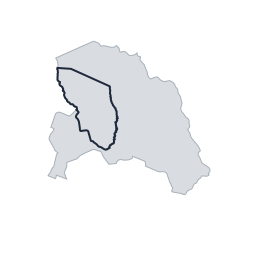 location of Jonglei within South Sudan, rotated 201°
{"feature_id": "SDS-870", "entity_name": "Jonglei", "entity_type": "State", "adm_level": 1, "iso_a3": "SSD", "parent_name": "South Sudan", "parent_adm1": "", "projection": "albers", "projection_center": [31.68, 7.658], "detail": "fine", "context": "in_parent", "style": "outline", "palette": "slate", "viewbox_px": 256, "rotation_deg": 201, "n_neighbors": 0, "source": "natural_earth", "source_scale": "10m", "svg_char_len": 8140}
<svg xmlns="http://www.w3.org/2000/svg" viewBox="0 0 256 256"><g transform="rotate(201 128 128)"><path d="M199.0,189.0L192.2,195.8L191.7,196.3L190.9,196.8L188.1,196.8L185.3,196.5L182.6,194.7L180.0,196.1L178.3,196.5L177.3,196.7L174.9,196.9L171.5,197.7L170.0,198.6L169.2,199.3L168.5,200.7L168.2,200.8L167.6,200.6L166.7,200.1L164.9,199.3L164.0,197.6L163.2,196.6L162.5,196.1L159.7,197.8L158.3,198.2L157.2,198.1L155.1,197.1L152.8,196.3L151.7,196.3L149.9,197.4L147.9,198.9L146.9,200.4L146.4,201.3L145.7,199.9L145.0,199.0L144.1,198.7L142.1,199.0L141.7,198.5L141.6,197.4L141.3,196.3L140.8,195.5L139.4,194.7L135.6,193.0L132.7,189.7L131.2,188.2L130.2,187.2L128.7,184.6L126.9,182.8L124.9,182.0L123.5,182.4L122.0,184.3L119.3,186.1L118.1,186.1L116.5,185.1L114.6,184.4L111.0,184.1L109.5,185.0L107.6,186.3L106.0,187.1L105.0,187.2L104.0,186.9L103.0,186.7L102.0,186.6L100.1,185.4L99.2,184.5L98.5,183.6L97.4,183.0L96.2,182.4L95.3,181.6L94.9,180.7L94.2,179.4L93.3,178.3L90.4,176.2L89.5,175.0L88.9,173.8L87.8,172.5L86.5,170.7L86.1,168.2L86.1,166.2L85.8,165.2L85.3,164.3L84.7,163.4L83.7,162.5L81.3,161.2L78.9,159.6L77.8,158.7L75.6,158.4L74.2,157.5L73.1,155.6L72.7,154.1L71.6,152.9L71.1,152.0L70.9,151.0L71.8,148.0L70.5,146.9L68.6,145.5L67.3,143.9L66.5,142.5L64.0,140.7L58.7,137.8L55.6,136.0L53.9,134.4L52.5,132.9L52.4,132.2L53.3,130.7L53.5,129.4L52.7,128.0L49.6,125.3L47.1,122.4L45.1,121.5L40.5,120.6L39.1,120.2L37.8,119.7L36.4,118.3L36.0,116.8L36.7,114.3L36.3,113.5L35.5,113.3L35.7,112.8L36.6,111.6L38.1,110.9L41.9,109.7L42.1,109.3L42.2,107.7L42.6,107.0L43.9,104.8L44.1,104.0L44.2,102.2L44.4,101.3L44.8,100.7L45.9,99.7L46.2,99.0L46.4,97.6L46.4,94.9L46.9,93.8L49.4,91.3L50.0,90.2L50.3,89.2L50.3,88.2L50.4,87.2L51.2,86.2L51.8,86.0L53.6,85.7L54.8,85.9L63.3,84.3L64.3,84.5L64.7,85.6L64.6,87.2L64.8,88.0L65.2,88.5L66.6,89.3L67.5,90.6L68.0,91.1L69.3,92.0L75.5,99.5L77.3,100.2L79.1,100.0L82.5,98.5L84.2,98.1L96.2,98.6L97.6,98.4L97.7,98.5L99.5,102.2L100.3,103.0L113.5,103.2L113.3,102.1L113.4,100.9L115.8,98.7L116.1,98.4L118.2,97.4L120.1,96.6L124.0,95.8L125.4,94.5L126.2,93.3L126.2,90.8L126.7,90.5L127.6,89.9L132.0,87.8L132.8,87.3L140.6,92.3L144.9,96.3L145.2,96.5L145.4,96.6L145.7,96.5L145.9,96.3L146.4,96.1L148.3,96.0L151.8,95.9L153.0,95.4L160.1,88.3L161.9,86.0L162.4,85.6L163.4,84.0L164.5,81.2L164.7,80.9L172.5,74.3L172.7,73.7L172.8,73.3L171.6,71.1L171.4,70.0L171.3,68.2L171.6,65.5L171.5,63.8L171.4,63.3L171.3,63.2L167.0,58.4L177.9,58.3L177.9,57.7L177.7,56.9L177.6,56.1L177.6,55.7L177.6,55.3L177.6,55.1L177.6,54.9L177.7,54.7L185.5,54.8L185.4,56.2L184.5,59.4L184.5,61.4L184.3,63.6L184.0,64.2L183.6,64.8L183.5,65.0L183.5,65.3L185.2,77.7L185.0,78.2L184.6,79.0L184.5,79.3L184.5,79.5L188.3,80.9L188.5,81.0L189.9,82.7L197.1,88.6L197.4,88.9L198.1,90.7L198.2,91.0L198.2,91.5L198.2,91.8L198.0,92.9L198.1,93.4L198.2,93.7L198.3,94.1L198.2,94.5L197.2,96.7L196.9,98.2L196.8,99.5L196.8,100.2L196.9,100.7L197.0,100.9L197.1,101.0L200.2,100.9L200.2,101.6L200.7,112.9L200.7,114.1L200.6,115.7L200.2,116.3L199.4,117.2L198.3,118.1L195.5,118.3L193.1,118.3L191.5,118.1L189.2,118.0L187.1,118.2L186.3,118.9L183.5,124.9L182.7,126.4L182.4,127.3L182.7,127.8L183.8,128.5L186.2,129.6L189.0,130.2L191.1,130.4L192.5,130.7L193.6,131.1L197.5,133.7L198.8,135.0L199.5,136.1L199.7,137.3L200.2,138.5L203.8,142.2L207.3,144.0L208.6,145.9L209.9,146.9L211.1,147.9L211.7,149.5L213.2,154.0L214.2,156.3L215.3,158.2L215.7,161.4L216.5,162.8L217.4,164.5L218.8,166.0L220.3,167.2L220.5,167.5L205.8,182.2L199.0,189.0Z" fill="#d9dde1" stroke="#a8b0b8" stroke-width="1"/><path d="M182.6,126.5L182.4,126.8L182.3,127.0L182.7,128.1L182.9,128.3L183.1,128.5L183.3,128.8L183.4,129.0L183.9,129.0L184.3,129.2L184.5,129.2L185.2,128.9L185.3,128.9L185.8,129.1L186.4,129.2L186.5,129.2L186.8,129.5L187.0,129.8L187.3,130.0L188.3,130.3L188.5,130.3L188.9,130.0L189.0,129.9L189.7,129.8L190.2,129.7L190.5,129.9L190.6,130.0L190.9,130.1L191.1,130.1L191.2,130.3L191.5,130.6L192.0,130.8L193.1,130.7L193.3,130.8L193.7,131.1L194.2,131.2L194.4,131.3L194.6,131.5L195.1,132.3L196.0,132.9L196.5,133.0L197.2,133.3L199.2,135.4L199.5,135.9L199.7,136.4L199.7,138.0L199.8,138.1L200.6,138.7L201.0,139.3L201.4,139.5L201.7,139.5L202.0,139.3L202.2,139.5L202.3,139.8L202.4,140.1L202.4,140.6L202.4,140.8L202.5,141.2L202.6,141.4L202.8,141.5L203.0,141.7L203.7,142.2L203.8,142.3L203.9,142.6L204.0,142.7L204.1,142.8L206.5,143.3L207.6,144.1L207.7,144.3L207.8,144.6L207.9,144.9L207.9,145.2L207.8,145.3L207.7,145.4L207.7,145.5L207.8,145.6L208.0,146.4L208.1,146.6L208.4,146.6L209.2,146.6L209.5,146.7L209.8,146.8L210.9,147.5L211.0,147.7L211.1,148.0L211.3,148.2L211.4,148.3L211.6,149.0L211.8,149.7L212.2,150.6L212.3,151.6L212.5,151.9L213.1,153.1L213.2,153.5L213.3,154.5L213.3,154.8L213.9,155.8L214.3,156.7L214.5,157.0L214.9,157.3L215.2,157.6L215.3,157.9L215.4,158.8L202.4,162.8L169.3,160.9L160.4,160.4L160.3,160.2L160.2,160.2L159.8,160.1L159.7,159.9L159.5,159.7L159.4,159.2L158.9,157.9L158.8,157.6L158.6,157.4L158.4,157.3L158.2,157.1L158.1,156.7L157.9,155.9L157.5,155.0L157.4,154.4L157.3,154.0L157.2,153.8L157.1,153.6L156.0,152.3L155.8,151.8L155.8,151.1L155.7,150.8L155.4,150.7L155.1,150.6L154.9,150.5L154.8,150.2L154.7,149.9L154.6,149.1L154.5,148.8L154.3,148.6L154.2,148.5L154.1,148.4L154.1,148.2L153.5,147.6L153.4,147.3L153.3,147.0L153.2,146.8L152.9,146.7L152.7,146.6L152.5,146.3L152.3,145.9L151.9,145.5L151.7,145.3L151.3,145.1L151.2,145.0L151.0,144.8L150.8,144.7L150.6,144.5L150.4,144.3L150.3,143.9L150.2,143.8L150.1,143.7L149.7,143.6L149.2,143.3L148.7,143.1L147.6,142.1L147.4,142.0L147.0,142.0L146.9,141.9L146.7,141.9L146.2,141.2L146.1,140.9L146.0,140.6L145.9,140.4L145.1,140.0L144.8,139.5L144.6,139.4L144.4,138.7L144.1,138.3L144.0,138.0L143.9,137.6L143.6,137.2L143.4,136.3L143.2,136.0L142.7,135.4L142.6,135.1L142.6,134.9L142.4,134.8L142.1,134.8L142.1,134.7L142.1,134.4L141.9,134.2L141.7,134.0L141.5,133.8L141.8,133.7L142.0,133.7L142.0,133.3L142.0,133.0L141.8,132.7L141.6,132.5L141.3,132.3L141.2,132.1L141.3,131.9L141.2,131.8L141.1,131.7L140.9,131.5L140.8,131.3L140.8,131.2L141.0,131.0L140.9,130.7L141.0,129.9L141.2,129.7L141.3,129.6L141.5,129.4L141.4,129.1L141.5,129.0L141.6,128.9L141.4,128.8L141.3,128.7L141.5,128.5L141.4,128.4L141.1,128.3L141.0,128.2L141.0,127.7L140.8,127.5L140.7,126.9L139.7,125.7L139.9,125.5L139.7,125.2L139.3,124.8L139.1,124.5L139.1,124.3L139.1,124.0L139.1,123.8L139.0,123.6L138.8,123.6L138.6,123.7L138.4,123.7L138.4,123.4L138.0,123.6L137.8,123.1L137.7,122.3L137.8,122.0L138.1,121.9L138.0,121.7L137.9,121.5L137.9,121.4L138.2,121.3L138.2,121.1L137.9,120.5L138.0,120.5L138.3,120.3L138.2,120.1L138.1,119.6L138.1,119.0L138.2,118.9L138.3,118.9L138.5,118.3L138.6,118.1L138.6,117.8L138.4,117.5L138.2,117.5L138.1,117.4L138.1,117.2L137.6,116.8L137.5,116.6L137.2,116.3L137.2,116.2L137.3,115.8L137.4,115.7L137.2,115.5L137.2,115.8L137.1,115.6L137.1,115.4L137.2,115.2L137.3,115.0L137.6,114.6L137.8,114.3L137.8,114.1L137.7,113.9L137.4,113.9L136.7,113.2L136.4,112.8L136.6,112.6L136.8,112.4L136.9,112.2L136.6,112.1L136.5,111.8L136.6,111.2L136.5,110.9L136.3,110.6L136.2,110.5L136.2,110.4L136.2,110.1L136.1,109.8L135.9,109.4L135.9,109.2L135.8,108.9L135.9,108.7L136.0,108.4L136.2,108.2L136.5,108.2L136.8,107.9L136.9,107.7L137.0,107.4L137.3,107.2L137.6,107.0L137.7,106.8L137.8,106.2L137.9,105.9L138.2,105.8L138.4,105.6L138.6,105.4L138.5,105.2L138.7,103.9L138.7,103.6L138.4,103.5L138.3,103.4L138.1,102.9L138.6,102.7L138.7,102.4L138.8,102.0L139.0,101.8L139.2,101.6L139.4,101.4L139.6,100.9L139.7,100.7L140.0,100.6L140.3,100.5L140.4,100.3L140.6,100.1L140.8,99.9L141.0,99.8L141.4,99.7L143.4,99.8L145.5,100.3L146.2,100.4L147.5,100.4L147.8,100.3L148.0,100.2L148.6,100.2L149.3,100.4L151.3,101.5L153.9,102.2L154.7,102.3L155.0,102.4L155.2,102.6L155.3,102.8L155.6,102.9L156.0,103.0L156.9,102.9L157.7,102.7L157.8,102.7L158.0,102.7L158.2,102.9L163.7,110.3L164.2,110.8L164.9,111.0L165.5,111.0L166.1,110.9L168.3,109.8L170.3,108.6L170.7,108.4L171.1,108.3L171.4,108.3L171.7,108.5L172.1,108.9L172.7,110.1L173.0,110.8L175.9,116.0L176.9,117.2L178.3,118.4L180.1,119.2L180.5,119.6L180.7,120.1L180.8,121.0L180.7,121.7L180.6,122.4L180.4,123.0L179.9,124.1L179.8,124.5L179.8,125.0L180.2,125.4L180.6,125.6L182.6,126.5L182.6,126.5Z" fill="none" stroke="#1e293b" stroke-width="2"/></g></svg>